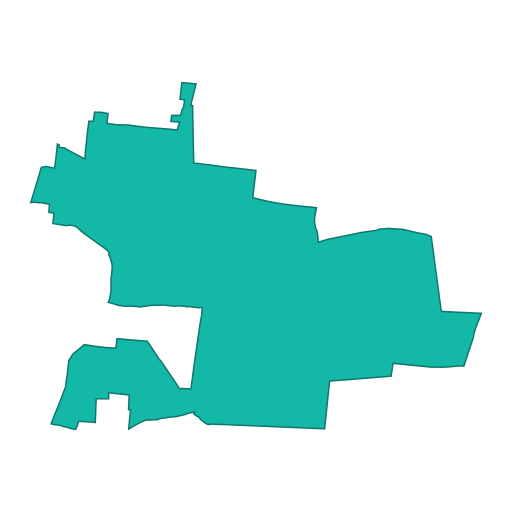 Dzoncauich, Yucatán, Mexico (orthographic projection)
{"feature_id": "50627088B45441994431912", "entity_name": "Dzoncauich", "entity_type": "district", "adm_level": 2, "iso_a3": "MEX", "parent_name": "Mexico", "parent_adm1": "Yucatán", "projection": "orthographic", "projection_center": [-88.865, 21.095], "detail": "fine", "context": "isolated", "style": "filled", "palette": "teal", "viewbox_px": 512, "rotation_deg": 0, "n_neighbors": 0, "source": "geoboundaries", "source_scale": "gbopen_adm2", "svg_char_len": 3837}
<svg xmlns="http://www.w3.org/2000/svg" viewBox="0 0 512 512"><path d="M481.3,313.3L464.5,312.5L459.3,312.3L441.3,311.4L434.9,264.0L433.1,250.0L431.2,236.5L425.5,234.2L425.3,234.2L416.9,232.7L403.1,229.4L389.9,228.5L388.9,228.4L383.6,228.8L379.5,229.0L377.3,230.2L361.9,232.4L327.0,239.5L318.3,242.2L317.7,234.8L316.8,230.4L315.7,228.5L314.4,221.5L314.8,216.8L315.5,212.9L316.4,207.7L312.3,207.3L308.7,206.9L304.4,206.5L298.7,205.9L290.6,205.0L283.7,204.1L274.9,202.7L267.9,201.3L258.7,199.2L253.4,197.9L252.8,197.8L253.8,188.6L255.8,172.1L255.9,170.4L253.8,170.2L232.9,167.8L230.6,167.5L230.1,167.6L221.5,166.5L217.6,165.9L216.2,165.8L210.9,165.1L209.5,164.7L208.6,164.7L207.9,164.7L206.1,164.5L200.9,163.9L193.7,163.0L193.3,140.3L193.2,138.1L193.0,128.8L193.0,127.8L192.8,116.5L192.6,105.5L190.6,105.3L191.4,102.5L192.7,97.3L193.4,94.4L193.6,93.7L194.5,90.3L195.8,85.0L196.1,83.9L181.9,82.6L180.0,99.3L184.5,99.8L184.3,102.2L183.5,107.4L182.0,109.9L180.6,115.3L171.7,115.4L170.9,121.4L179.8,122.2L178.3,126.1L177.2,130.0L169.9,129.2L160.3,128.4L145.9,127.3L140.8,126.6L138.6,126.4L133.4,125.7L130.1,125.2L128.3,125.0L123.6,124.9L116.4,124.7L107.0,123.5L108.0,113.5L100.6,112.2L96.3,112.2L94.6,112.1L93.3,121.3L88.9,121.1L87.8,129.1L87.4,133.0L85.3,152.8L84.9,158.4L84.9,158.6L84.9,159.0L76.9,154.8L68.4,150.3L64.2,147.8L60.4,147.6L59.3,147.0L59.4,145.2L57.4,144.0L56.2,156.0L55.1,164.1L54.5,168.2L50.1,167.3L45.9,166.4L41.3,167.4L37.9,179.1L36.4,184.1L34.2,191.1L32.7,196.3L30.7,202.6L33.6,202.3L35.5,202.3L39.2,202.8L41.9,202.8L44.0,203.2L47.4,203.9L49.6,204.2L49.1,208.2L48.9,212.4L54.0,213.1L52.9,223.5L65.8,225.6L69.6,225.2L73.3,225.6L76.3,226.7L82.5,232.3L103.8,247.7L104.2,248.0L104.3,248.0L104.5,248.1L107.7,250.7L109.1,253.0L108.8,255.0L110.3,258.0L110.7,259.7L111.7,262.6L112.2,266.5L111.7,274.4L111.4,275.7L111.2,277.0L111.1,278.0L111.0,284.3L111.0,285.4L111.0,285.5L111.0,290.7L110.8,292.8L110.6,293.8L110.4,294.6L110.2,295.3L109.7,298.6L108.3,302.3L109.0,302.5L111.2,303.1L118.3,305.3L124.5,306.2L124.8,306.3L125.2,306.3L125.3,306.3L129.4,306.2L130.9,306.2L132.4,306.2L140.5,306.9L143.5,306.4L152.8,305.2L154.9,305.4L158.4,305.1L159.7,305.4L161.9,304.9L169.2,305.7L175.1,306.2L178.1,305.8L185.1,306.3L186.8,306.8L188.0,306.7L189.3,306.6L196.5,307.5L198.2,307.8L202.3,307.3L201.6,315.4L199.9,324.9L198.5,334.5L197.4,342.2L196.0,352.1L195.2,357.0L193.6,368.8L191.0,388.9L181.9,388.5L181.2,388.4L180.3,389.1L179.3,388.4L174.7,381.3L160.4,360.3L159.7,359.9L154.1,351.4L147.3,341.2L144.6,341.0L133.1,340.1L128.1,339.7L121.8,339.0L117.0,338.7L116.4,343.8L115.8,348.1L115.6,348.1L106.8,347.6L106.6,347.6L106.3,347.6L96.5,346.5L91.4,345.7L84.1,344.6L80.9,347.5L75.2,352.2L72.7,354.2L71.5,356.4L68.9,360.4L67.4,372.5L67.5,372.8L66.8,377.5L66.0,383.3L65.6,386.7L62.8,394.1L61.6,397.5L54.9,414.2L51.1,423.7L52.3,424.3L53.2,424.4L53.9,424.6L57.6,425.0L60.2,425.4L63.6,426.7L66.1,427.0L71.7,428.7L75.6,429.4L77.4,425.7L78.4,421.2L80.5,421.4L84.9,421.7L91.0,422.0L95.3,422.5L95.8,408.2L96.2,398.8L108.7,398.8L108.7,392.8L129.2,395.0L128.5,409.7L130.5,409.9L130.1,414.3L129.9,415.6L129.5,420.0L129.0,425.7L128.7,429.1L133.5,426.2L140.5,422.3L144.9,420.5L146.2,420.1L147.3,420.2L151.9,419.9L153.2,419.8L157.2,419.7L160.7,418.5L162.8,418.2L164.9,418.0L170.0,417.1L176.7,416.6L177.4,416.3L178.4,416.1L184.8,414.6L188.5,413.2L194.5,412.1L194.0,414.3L194.6,414.5L196.3,415.9L198.0,416.7L199.4,417.6L200.4,419.4L204.8,422.8L205.1,422.6L205.4,423.1L205.5,423.1L205.8,423.4L208.3,424.6L209.9,424.4L211.3,424.1L225.5,424.6L236.0,425.1L251.6,425.7L286.1,427.2L324.6,428.8L329.6,381.1L337.8,380.4L347.6,379.7L368.3,378.0L384.6,376.7L391.1,376.2L393.0,363.3L400.5,364.1L431.0,367.1L442.9,367.2L448.2,366.9L461.2,365.8L463.8,366.2L473.4,337.3L473.8,334.2L475.6,328.2L478.8,320.0L481.3,313.3Z" fill="#14b8a6" stroke="#0f766e" stroke-width="1.5"/></svg>